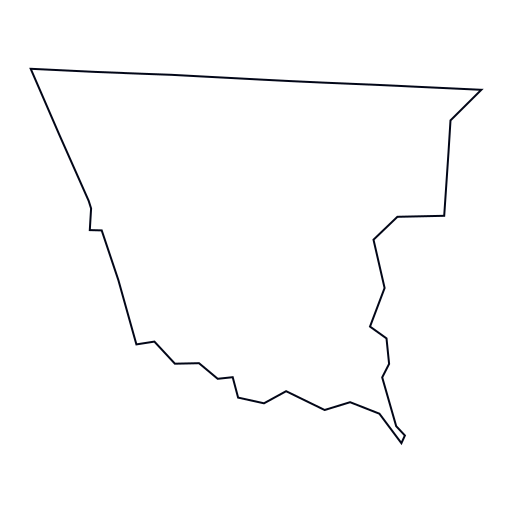 outline of Cherokee, South Carolina, United States of America
{"feature_id": "52423323B2982594216676", "entity_name": "Cherokee", "entity_type": "district", "adm_level": 2, "iso_a3": "USA", "parent_name": "United States of America", "parent_adm1": "South Carolina", "projection": "albers", "projection_center": [-81.606, 35.012], "detail": "fine", "context": "isolated", "style": "outline", "palette": "ink", "viewbox_px": 512, "rotation_deg": 0, "n_neighbors": 0, "source": "geoboundaries", "source_scale": "gbopen_adm2", "svg_char_len": 735}
<svg xmlns="http://www.w3.org/2000/svg" viewBox="0 0 512 512"><path d="M401.4,443.2L404.9,435.5L396.2,426.2L382.2,377.4L389.1,363.9L386.5,338.4L370.0,326.6L384.6,288.0L373.5,239.7L397.4,216.8L444.2,215.8L448.5,152.3L450.5,120.4L481.3,89.8L481.2,89.8L411.2,86.5L405.2,86.2L397.2,85.8L368.8,84.5L368.0,84.5L322.9,82.6L290.5,81.1L261.1,79.6L232.9,78.1L202.6,76.5L171.2,74.8L151.5,74.1L125.2,73.1L121.5,72.9L95.1,71.9L30.9,68.8L30.7,68.8L59.2,134.5L66.8,151.6L88.7,200.9L91.1,208.5L90.6,216.6L89.8,230.1L101.7,230.4L118.4,280.2L136.4,344.4L154.4,341.6L174.9,363.7L199.0,363.2L217.7,378.8L232.7,377.2L238.1,397.6L264.0,403.3L286.1,391.2L324.6,410.0L350.1,402.2L379.4,413.7L401.4,443.2Z" fill="none" stroke="#020617" stroke-width="2"/></svg>